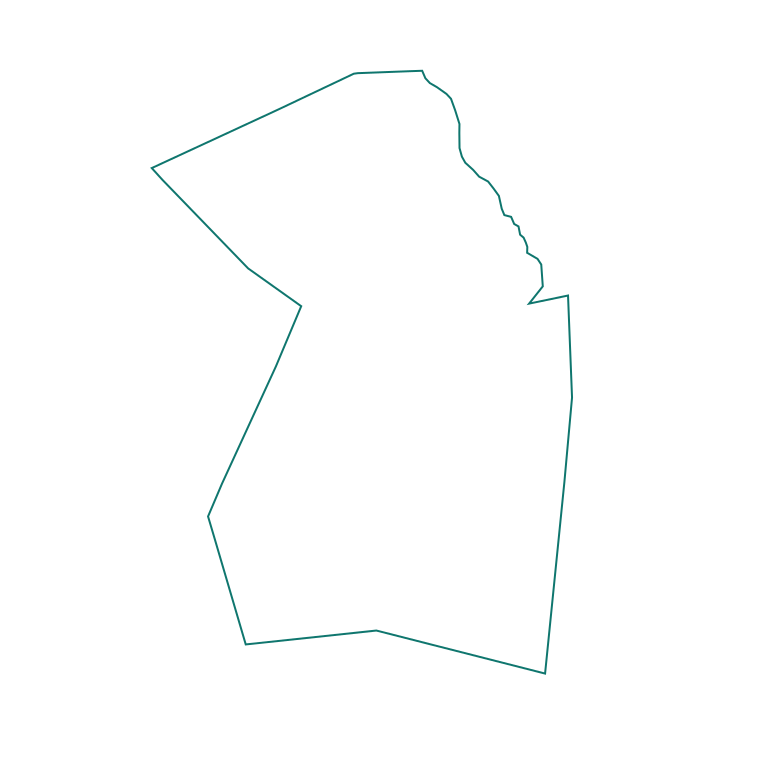 the district of Bayanxongor, Bayanhongor, Mongolia, rotated 351°
{"feature_id": "93677404B23536914155847", "entity_name": "Bayanxongor", "entity_type": "district", "adm_level": 2, "iso_a3": "MNG", "parent_name": "Mongolia", "parent_adm1": "Bayanhongor", "projection": "robinson", "projection_center": [100.717, 46.188], "detail": "fine", "context": "isolated", "style": "outline", "palette": "teal", "viewbox_px": 768, "rotation_deg": 351, "n_neighbors": 0, "source": "geoboundaries", "source_scale": "gbopen_adm2", "svg_char_len": 806}
<svg xmlns="http://www.w3.org/2000/svg" viewBox="0 0 768 768"><g transform="rotate(351 384 384)"><path d="M206.7,619.6L337.8,626.3L338.1,626.4L497.8,695.2L546.9,508.8L567.6,426.8L579.6,325.4L539.9,327.3L556.1,312.4L557.0,302.1L558.0,290.6L555.2,284.4L545.9,276.8L547.0,271.0L546.2,266.5L544.8,261.3L541.8,257.8L541.5,249.4L537.6,246.3L535.7,238.8L529.3,236.0L527.7,229.3L526.9,216.2L522.7,207.9L518.5,200.3L510.4,194.1L505.5,186.4L498.9,178.2L496.5,171.6L495.5,162.8L497.7,147.7L499.2,139.0L497.1,124.8L494.8,112.8L491.1,107.3L482.6,99.0L476.4,94.0L472.7,88.5L470.7,80.6L457.7,79.0L406.8,72.9L402.7,72.8L323.0,96.2L188.4,134.4L197.1,147.7L258.5,235.2L267.9,248.6L314.4,294.2L280.0,349.7L209.6,455.3L208.4,457.1L189.5,487.3L192.4,509.2L206.7,619.6Z" fill="none" stroke="#0f766e" stroke-width="2"/></g></svg>